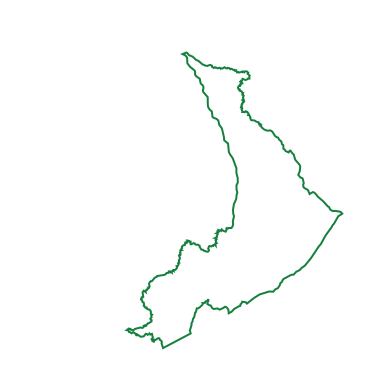 Caracaraí, Roraima, Brazil (Mercator projection), rotated 152°
{"feature_id": "56859067B80750202370332", "entity_name": "Caracaraí", "entity_type": "district", "adm_level": 2, "iso_a3": "BRA", "parent_name": "Brazil", "parent_adm1": "Roraima", "projection": "mercator", "projection_center": [-61.229, 0.312], "detail": "fine", "context": "isolated", "style": "outline", "palette": "green", "viewbox_px": 384, "rotation_deg": 152, "n_neighbors": 0, "source": "geoboundaries", "source_scale": "gbopen_adm2", "svg_char_len": 5954}
<svg xmlns="http://www.w3.org/2000/svg" viewBox="0 0 384 384"><g transform="rotate(152 192 192)"><path d="M135.6,318.2L133.8,315.8L133.2,313.0L135.7,307.7L134.9,303.3L132.6,298.0L133.1,296.0L134.0,294.7L134.2,292.9L132.0,288.3L133.4,283.7L132.4,281.1L132.5,279.7L133.1,278.4L134.8,276.5L135.1,275.0L133.6,268.4L137.2,261.4L137.9,259.2L137.7,256.5L136.7,253.8L138.6,248.7L138.2,247.5L136.0,245.0L135.2,242.8L136.4,238.4L135.8,235.0L136.0,233.1L138.1,225.3L139.3,222.5L137.4,217.9L140.6,210.2L140.8,207.8L140.2,202.7L141.6,192.2L143.8,188.1L145.1,182.9L147.1,178.9L149.6,177.0L151.4,173.6L152.2,170.3L153.8,168.7L156.3,165.0L160.6,161.7L164.1,157.1L165.7,153.7L166.3,150.9L169.8,146.8L170.7,144.4L172.1,142.8L174.1,141.7L176.3,142.9L178.0,142.9L178.1,143.8L178.6,143.8L179.7,142.0L180.9,141.2L182.6,143.0L183.3,145.0L184.5,144.1L184.7,144.7L186.0,144.7L186.0,145.7L186.5,146.1L186.9,144.9L188.1,145.4L188.7,144.4L188.1,144.4L188.0,144.0L189.5,144.0L189.1,143.7L189.1,142.7L191.0,141.4L191.0,140.6L191.6,140.2L192.9,140.4L192.4,140.0L193.2,139.3L192.7,138.6L194.1,137.9L194.0,136.8L194.8,136.1L194.3,135.2L195.8,135.1L196.3,133.7L196.6,135.0L197.4,134.8L198.0,135.2L198.7,134.5L199.5,135.1L200.4,134.8L201.8,136.0L202.6,136.0L204.3,134.4L204.1,133.8L204.5,132.4L205.9,131.8L206.7,132.2L209.1,134.6L209.3,135.7L210.8,136.8L211.0,140.0L210.5,140.9L211.5,142.7L213.0,143.4L213.8,144.4L213.8,145.4L214.7,146.1L217.4,146.2L217.7,147.1L216.6,148.7L217.2,148.9L217.3,150.0L218.6,151.1L218.6,150.2L219.3,150.9L220.1,150.0L220.4,150.6L221.3,149.7L221.9,150.3L223.3,148.5L224.3,149.0L225.5,148.9L226.8,148.3L227.2,147.2L226.9,146.3L227.5,147.0L229.3,146.1L228.9,145.6L229.8,145.8L230.3,144.6L229.9,144.6L231.2,143.9L231.3,142.4L231.8,141.9L232.4,142.4L233.3,142.1L233.6,139.5L234.5,138.4L235.6,138.0L235.8,137.0L237.0,136.1L236.7,135.4L237.8,135.4L238.0,134.1L239.3,133.5L240.4,133.8L240.5,132.4L241.7,131.6L243.5,131.1L244.9,131.8L245.3,130.8L245.8,131.6L247.3,131.2L247.6,130.4L248.1,131.6L249.0,131.2L249.3,131.6L249.1,132.4L249.8,132.8L250.7,131.7L252.6,132.4L253.6,131.8L255.4,131.8L262.3,134.2L262.8,133.7L265.2,133.8L269.2,132.1L269.9,132.2L270.2,132.6L271.8,132.2L273.0,131.1L273.7,128.7L274.1,128.2L275.1,128.3L274.8,127.8L275.7,127.2L277.6,127.2L277.8,126.7L278.9,126.4L279.2,126.8L280.0,126.5L280.1,125.7L281.0,127.5L282.8,126.6L284.2,122.4L285.5,122.6L285.4,122.0L287.0,121.8L287.5,121.0L286.9,120.3L287.3,117.9L286.5,117.1L287.4,114.6L288.0,114.3L287.5,113.3L287.8,113.0L287.3,111.4L286.8,110.8L286.3,111.0L286.4,109.5L284.6,108.0L284.4,105.9L285.6,103.7L284.8,102.4L286.1,101.9L286.6,100.2L288.3,99.7L288.4,98.7L287.8,97.7L288.6,96.7L291.9,96.4L292.7,96.8L295.7,95.3L296.2,95.5L296.1,96.4L297.4,96.5L297.4,96.1L298.4,95.4L299.5,95.2L301.0,96.5L306.6,97.9L309.0,97.4L310.6,99.2L310.5,100.0L311.3,100.2L311.9,101.1L314.5,100.7L313.1,99.5L313.4,98.1L312.6,97.6L311.8,95.7L310.6,95.8L309.3,95.2L308.3,93.1L308.5,91.7L308.1,91.4L307.3,92.1L305.2,88.2L302.4,87.2L299.4,88.5L298.5,87.7L298.3,86.8L296.5,86.6L296.0,87.0L295.7,85.7L294.0,85.6L294.9,81.8L296.7,81.1L296.4,80.6L297.0,79.2L296.0,77.7L295.6,78.0L295.8,78.9L294.8,79.5L294.0,78.5L291.3,78.8L289.9,78.6L289.5,78.1L289.8,76.6L288.9,75.0L289.2,73.3L289.9,72.8L290.8,67.8L259.6,67.7L258.9,70.7L254.8,74.8L254.2,76.2L252.3,77.5L250.6,79.6L249.0,80.3L245.8,84.1L244.8,84.2L242.5,87.0L241.4,86.4L239.1,86.6L235.5,87.6L234.9,88.2L234.9,89.0L232.4,88.0L231.7,89.0L229.6,88.8L228.5,89.3L228.2,89.0L228.7,88.2L229.3,88.0L231.0,85.8L229.9,83.9L228.8,83.1L228.6,79.9L227.7,78.5L224.1,77.2L222.9,75.2L219.0,74.9L216.7,75.2L216.0,74.6L215.2,72.4L215.2,70.8L216.5,67.7L213.1,67.7L210.0,68.9L204.7,69.1L202.9,68.8L201.9,70.1L200.8,70.3L199.1,71.6L196.2,69.3L195.9,67.7L187.0,69.3L180.4,69.8L170.5,67.9L167.0,65.8L164.5,66.9L161.4,66.8L158.2,68.5L156.8,70.0L154.5,70.5L153.9,71.3L152.2,72.2L144.2,72.3L142.2,72.0L141.2,71.3L137.5,72.6L133.4,72.5L131.3,73.4L126.9,74.0L118.3,77.6L106.0,84.2L102.7,85.5L94.5,90.9L84.8,95.6L83.8,96.5L81.6,97.3L74.3,101.9L69.5,102.3L70.0,104.5L70.8,105.3L74.0,107.8L76.7,109.1L78.2,111.6L78.1,114.6L78.8,115.4L80.6,122.5L83.0,128.5L83.7,132.4L84.8,134.8L85.5,135.2L89.1,135.0L88.7,139.3L91.0,143.0L91.2,144.4L90.4,146.2L89.1,147.5L88.0,151.8L88.4,152.9L89.5,153.9L90.1,157.2L87.0,159.9L84.6,163.4L84.2,165.3L85.7,172.0L84.6,177.5L85.3,179.2L85.6,182.3L86.3,182.6L88.1,181.6L90.1,184.2L90.3,186.1L91.0,187.1L89.4,190.5L90.1,191.9L89.4,194.7L90.4,197.1L90.5,199.7L91.5,200.7L92.3,202.2L92.8,207.8L93.8,209.5L96.9,210.9L98.8,213.1L100.0,215.9L100.3,218.2L100.7,218.5L100.2,219.2L99.5,219.1L99.7,219.7L100.7,220.2L100.3,220.6L100.8,221.2L100.4,222.2L102.2,223.9L103.3,225.9L106.0,227.6L105.9,230.1L105.3,230.7L105.4,233.2L106.3,233.6L105.2,234.9L105.9,236.4L105.6,236.8L106.9,238.2L107.9,237.7L110.1,239.1L109.5,239.7L109.5,241.6L108.5,242.1L109.0,243.5L108.1,243.6L108.2,244.5L107.6,244.7L107.4,245.6L106.6,246.3L106.2,246.1L105.1,247.4L104.5,247.1L104.2,247.8L103.4,247.6L103.2,248.3L104.2,249.6L102.9,249.8L102.8,251.4L101.2,252.6L101.8,254.0L101.2,254.1L101.0,255.0L100.4,255.4L101.2,256.2L100.9,257.5L102.4,259.0L102.4,259.7L101.8,259.7L101.7,260.3L102.7,261.4L102.3,262.7L100.9,263.6L99.8,263.1L99.5,264.0L98.7,264.5L98.4,264.1L97.8,264.8L96.6,264.3L96.5,265.8L97.5,266.8L96.4,267.2L95.8,266.8L94.2,268.2L92.3,265.8L89.9,265.5L89.3,265.9L88.0,265.2L87.3,266.9L86.4,267.6L87.4,270.3L86.3,270.9L86.9,272.6L88.4,273.6L89.6,273.2L89.8,274.1L90.8,274.7L91.2,274.1L92.3,274.9L94.7,275.5L94.8,276.1L96.1,276.6L95.8,277.2L96.6,278.3L96.1,278.8L96.8,279.1L97.0,279.7L97.6,279.5L98.8,281.6L99.6,282.5L100.5,282.4L100.8,283.6L102.2,284.9L102.8,284.6L103.8,285.2L104.8,286.9L107.1,286.7L108.1,287.5L108.8,287.4L109.1,288.7L111.2,289.1L112.4,290.6L113.1,290.8L113.3,291.4L114.6,291.4L115.6,293.1L115.1,294.3L116.5,295.8L119.3,296.1L120.9,297.4L122.9,299.9L124.7,304.7L126.3,306.6L127.9,311.2L130.5,314.4L130.8,316.7L131.5,317.8L135.6,318.2Z" fill="none" stroke="#15803d" stroke-width="2"/></g></svg>